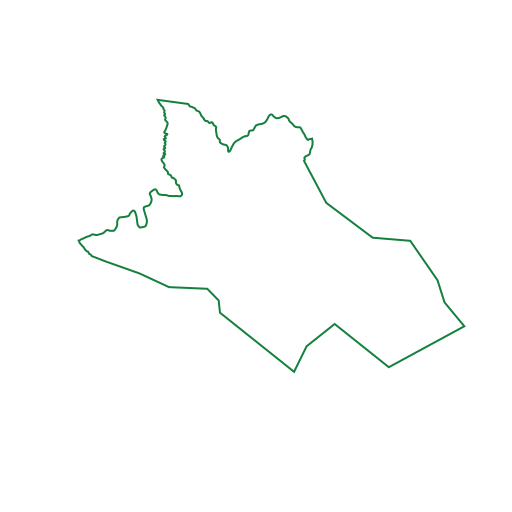 Santa Barbara, Santa Bárbara, Honduras (Mercator projection), rotated 52°
{"feature_id": "27666195B27779659720993", "entity_name": "Santa Barbara", "entity_type": "district", "adm_level": 2, "iso_a3": "HND", "parent_name": "Honduras", "parent_adm1": "Santa Bárbara", "projection": "mercator", "projection_center": [-88.269, 14.907], "detail": "fine", "context": "isolated", "style": "outline", "palette": "green", "viewbox_px": 512, "rotation_deg": 52, "n_neighbors": 0, "source": "geoboundaries", "source_scale": "gbopen_adm2", "svg_char_len": 6053}
<svg xmlns="http://www.w3.org/2000/svg" viewBox="0 0 512 512"><g transform="rotate(52 256 256)"><path d="M439.6,135.1L408.6,136.0L386.9,127.9L339.0,125.1L313.4,152.8L257.4,167.9L210.6,159.6L210.5,158.9L210.2,158.4L209.4,157.8L208.6,157.6L208.4,157.4L208.2,157.0L208.1,156.1L208.1,154.9L208.7,152.9L208.8,151.9L208.6,151.1L208.1,150.2L207.6,149.5L206.6,148.6L205.8,147.6L205.5,147.0L205.2,146.0L204.8,145.3L204.1,144.3L202.7,142.6L200.5,140.9L199.5,140.3L198.0,139.7L198.0,140.0L197.8,140.4L197.2,141.3L196.8,142.0L196.6,142.7L196.6,143.5L196.4,143.7L196.1,143.8L194.7,143.8L192.8,143.7L191.0,143.2L189.4,142.9L186.9,142.7L183.0,142.0L182.3,142.0L181.8,142.1L181.3,142.5L180.2,143.9L179.0,145.1L177.4,145.9L174.1,146.0L172.6,146.2L171.4,146.5L170.6,146.6L169.2,146.4L168.4,146.1L167.7,145.8L165.0,146.3L164.1,146.7L163.3,147.2L162.8,147.8L162.4,148.6L161.6,152.2L161.3,153.3L160.6,154.2L160.1,155.0L159.4,155.4L158.1,155.9L156.4,156.2L155.1,156.2L154.5,156.4L154.1,156.6L153.7,157.0L153.5,157.5L153.4,158.1L153.5,159.0L153.7,160.0L153.9,160.6L154.4,161.2L155.2,162.9L156.0,165.4L156.2,166.2L156.2,166.9L156.1,168.0L155.5,170.1L155.0,171.1L154.0,172.6L153.6,173.9L153.1,175.3L153.3,176.3L155.1,180.6L155.0,181.0L154.8,181.6L154.0,182.8L153.6,183.5L153.5,183.9L153.5,184.4L153.9,185.2L155.7,187.3L155.9,187.6L156.0,188.0L155.9,188.9L155.7,189.7L155.5,190.1L155.0,190.5L154.9,190.7L154.6,191.7L154.2,193.3L153.9,197.5L153.3,201.0L153.3,201.9L153.5,203.5L154.0,205.1L155.6,208.6L157.0,211.2L157.3,212.4L157.2,213.0L157.0,213.4L156.7,213.5L155.9,213.2L155.3,212.8L153.7,211.5L153.2,211.3L151.0,211.0L150.5,211.1L150.0,211.4L149.1,212.1L148.2,212.9L147.4,213.4L145.5,214.2L144.7,214.4L144.3,214.4L143.8,214.2L142.3,213.1L141.9,213.0L141.6,213.0L140.1,213.3L139.3,213.4L138.2,213.2L137.0,212.8L132.2,210.1L131.1,209.3L130.1,208.1L129.6,207.9L129.0,208.0L128.4,208.3L127.6,208.4L126.4,208.7L126.1,208.7L125.7,208.5L125.2,208.4L124.6,208.2L124.1,208.2L123.7,208.3L123.4,208.5L123.2,208.8L123.0,209.5L122.9,210.4L122.5,210.8L122.1,211.0L121.0,211.0L119.8,211.2L119.5,211.5L118.8,212.5L117.7,212.8L116.2,212.9L115.9,212.8L115.6,212.5L115.3,212.5L112.6,212.7L111.8,212.7L108.4,211.9L107.7,211.9L107.2,212.0L106.6,212.2L104.5,213.4L102.3,213.2L101.9,213.3L100.9,213.7L99.9,214.4L98.9,214.7L98.1,215.6L97.4,216.0L96.0,216.0L95.1,215.9L94.4,215.9L72.4,237.4L75.6,238.0L77.9,238.0L78.7,238.2L79.5,238.1L81.0,237.8L81.7,237.8L82.5,238.0L83.1,238.4L85.0,238.5L85.3,238.7L86.4,240.0L87.2,240.1L87.8,240.1L88.0,240.2L88.4,240.7L88.5,241.1L88.5,241.6L88.7,241.8L88.9,241.9L89.7,241.8L90.7,241.8L91.3,242.0L91.6,242.2L92.2,243.3L92.7,243.7L92.9,243.8L93.4,243.8L95.9,243.6L96.7,243.8L97.3,244.1L97.6,244.4L98.2,245.4L100.1,248.1L101.4,250.7L101.6,251.5L102.0,252.1L102.5,252.3L103.3,252.1L103.7,251.9L105.1,250.9L105.4,250.9L105.6,251.3L105.7,252.1L105.4,253.8L105.5,254.3L105.7,254.5L107.4,254.6L107.7,254.6L107.8,254.7L107.8,255.0L107.7,255.4L107.3,256.0L107.2,256.4L107.2,256.7L107.3,256.9L107.5,257.0L107.9,257.0L109.5,256.7L110.0,256.7L110.3,256.8L110.5,257.2L110.6,258.0L110.7,258.3L112.1,258.5L112.4,258.7L112.9,260.0L112.9,260.7L113.0,261.0L113.4,261.2L114.6,261.0L114.9,261.0L115.1,261.2L115.2,261.6L114.9,262.7L114.9,262.9L115.0,263.1L115.5,263.2L116.7,263.2L117.2,263.2L117.6,263.6L118.0,264.0L118.0,265.2L118.1,265.5L118.7,265.5L119.5,264.9L119.8,264.9L120.0,265.0L120.1,265.4L119.9,267.4L120.0,267.6L120.3,267.8L120.5,267.7L121.1,267.3L121.4,267.3L121.6,267.5L121.7,268.1L121.3,269.1L121.3,269.7L121.3,270.0L121.4,270.5L121.6,270.9L121.9,271.2L122.3,271.4L123.5,271.7L126.8,271.7L127.7,271.9L128.4,272.3L129.1,273.3L129.2,273.7L129.4,273.9L129.7,274.0L130.8,274.1L132.0,274.1L133.5,273.9L134.5,273.7L135.1,273.7L135.8,273.9L136.6,274.5L137.0,274.7L137.7,274.5L138.2,274.3L139.1,273.8L140.2,273.5L140.9,273.6L141.4,273.7L142.1,274.0L142.6,274.0L142.8,273.9L143.7,273.0L145.2,272.8L146.4,272.5L146.9,272.5L147.3,272.7L147.6,272.9L148.1,273.4L149.4,274.2L150.0,274.3L150.9,274.3L152.0,274.0L152.9,273.2L155.7,274.4L156.5,274.7L158.8,275.2L159.7,275.2L160.5,275.4L161.6,276.0L162.0,276.4L162.2,276.6L162.4,277.5L162.4,278.4L162.4,278.8L162.2,279.2L159.9,281.5L157.9,284.3L155.6,287.0L154.7,288.0L153.6,288.6L153.0,289.0L152.3,289.7L151.1,291.3L149.0,293.4L147.8,294.3L147.5,294.4L147.0,294.5L146.0,294.5L144.9,294.4L144.4,294.3L143.3,293.9L142.2,294.0L141.8,294.1L141.4,294.4L141.2,294.7L141.0,295.3L140.8,296.6L140.7,299.1L140.9,300.4L141.3,301.1L141.5,301.4L141.8,301.5L143.0,301.8L145.5,302.6L146.6,303.1L147.3,303.5L148.0,304.2L148.7,305.1L149.3,306.1L149.8,307.2L150.2,308.4L150.2,309.3L149.9,310.3L149.2,311.9L148.8,313.3L148.6,314.2L148.7,314.5L148.9,314.8L149.6,315.4L150.5,315.9L159.3,319.3L161.0,320.2L161.5,320.6L162.1,321.1L163.1,322.3L163.8,323.4L164.3,324.3L164.4,324.8L164.4,325.2L164.3,325.6L164.1,326.2L162.9,328.6L162.2,329.8L162.0,330.0L161.7,330.1L160.3,330.2L158.9,330.1L158.0,329.8L151.9,326.2L150.5,325.5L148.3,324.7L146.7,324.2L145.9,324.1L145.4,324.2L145.1,324.3L144.8,324.6L144.6,324.9L144.4,325.3L144.4,325.8L144.5,327.2L145.0,329.3L145.2,329.7L145.7,330.4L145.8,330.8L145.9,331.4L145.9,332.0L145.4,333.3L144.7,334.7L141.8,339.5L141.6,339.9L141.7,340.6L141.9,341.4L142.2,342.2L142.5,343.0L143.0,343.7L143.8,344.5L145.5,345.8L146.6,346.9L146.8,347.2L147.3,348.1L148.5,351.1L148.6,351.7L148.6,352.2L148.5,352.6L148.0,353.3L146.4,355.4L145.9,355.8L144.9,356.4L144.0,357.2L143.8,357.5L143.6,358.4L143.9,361.2L143.9,362.3L143.7,363.1L141.9,367.7L141.6,368.4L140.7,369.5L139.6,370.2L139.0,370.8L138.3,371.5L138.1,371.9L138.0,372.4L138.0,373.5L137.8,374.5L137.5,375.4L136.5,378.2L136.1,380.5L135.2,383.6L135.1,384.4L135.1,385.6L135.0,385.9L134.8,386.2L135.5,386.3L136.3,386.7L137.1,386.9L140.3,386.7L141.9,386.6L142.6,386.4L145.5,386.7L146.6,386.7L147.3,386.6L147.8,386.4L148.5,386.2L149.0,385.8L149.2,385.7L150.6,385.9L151.6,386.1L153.4,385.3L154.9,385.5L167.8,377.8L198.1,358.5L227.0,343.7L251.8,314.6L268.1,312.8L278.5,319.3L370.7,297.3L358.3,271.7L358.0,235.9L425.4,219.8L439.6,135.1Z" fill="none" stroke="#15803d" stroke-width="2"/></g></svg>